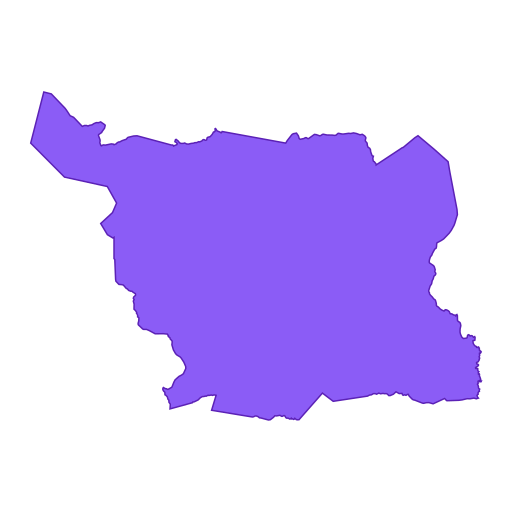 the district of Agneby-Tiassa, Agnéby, Ivory Coast
{"feature_id": "98640826B52449815511854", "entity_name": "Agneby-Tiassa", "entity_type": "district", "adm_level": 2, "iso_a3": "CIV", "parent_name": "Ivory Coast", "parent_adm1": "Agnéby", "projection": "robinson", "projection_center": [-4.418, 5.953], "detail": "fine", "context": "isolated", "style": "filled", "palette": "violet", "viewbox_px": 512, "rotation_deg": 0, "n_neighbors": 0, "source": "geoboundaries", "source_scale": "gbopen_adm2", "svg_char_len": 6110}
<svg xmlns="http://www.w3.org/2000/svg" viewBox="0 0 512 512"><path d="M222.1,131.5L221.4,132.7L220.8,132.7L220.3,132.2L217.1,130.9L215.8,128.8L215.4,128.5L215.0,128.8L215.2,130.5L215.0,131.3L214.4,131.9L213.5,132.0L212.2,134.4L210.1,136.7L208.0,137.2L207.2,137.7L206.6,139.9L205.7,140.3L205.0,140.2L204.3,139.7L203.3,139.6L202.8,139.9L201.8,141.0L199.5,141.9L198.7,141.7L196.4,142.7L195.0,142.6L193.4,143.2L191.2,143.4L188.5,144.1L186.7,144.0L184.7,143.0L183.3,143.4L180.7,143.4L179.3,142.5L178.4,141.2L176.2,139.4L175.5,139.6L174.9,141.7L176.3,142.5L177.2,143.7L176.9,144.6L173.5,146.0L173.3,145.5L172.7,145.0L171.3,145.0L137.1,135.8L133.6,136.0L128.2,137.3L127.5,137.7L126.3,139.2L122.2,140.6L119.5,142.0L118.5,142.0L116.9,143.0L116.1,143.9L114.0,144.7L113.3,144.1L111.2,143.9L105.4,145.1L103.4,144.9L102.2,145.3L101.7,145.8L100.9,145.6L99.8,142.8L100.1,140.9L100.0,139.7L98.5,135.6L98.6,134.6L101.7,132.5L102.0,131.7L104.5,128.3L105.2,125.5L104.9,124.8L100.7,121.9L98.5,122.7L96.3,122.6L93.9,123.6L91.9,124.9L89.6,125.3L88.0,126.0L86.6,125.5L84.4,125.5L82.3,126.4L73.6,117.3L70.1,115.7L66.7,110.5L65.1,108.3L51.3,93.9L43.8,92.0L30.7,143.1L64.5,177.1L107.3,186.5L116.6,203.1L112.5,212.6L100.7,223.5L107.4,234.7L112.9,238.0L114.0,237.3L114.0,258.6L114.8,259.5L115.6,279.4L115.9,281.2L118.9,284.4L122.1,284.7L123.4,285.1L126.3,288.5L127.4,288.9L128.6,290.4L130.7,291.2L131.9,291.2L133.0,292.2L135.4,293.7L135.6,294.9L135.4,295.4L133.7,297.0L133.3,298.3L134.1,299.5L133.3,301.1L134.1,304.1L134.0,309.2L135.4,310.5L136.7,312.4L136.5,313.3L137.2,314.2L137.7,315.6L137.6,316.9L138.7,317.5L138.9,318.3L138.7,321.1L138.1,323.3L138.2,324.5L138.4,324.9L142.7,329.0L143.6,329.4L146.5,329.4L149.3,330.6L155.2,333.8L163.3,333.7L167.4,334.1L167.8,335.1L168.3,335.3L168.5,335.8L168.3,336.5L169.9,337.7L170.2,338.9L172.0,340.9L172.2,341.9L171.9,344.8L173.4,349.9L175.6,353.7L176.9,355.0L180.1,356.9L181.2,358.1L183.8,362.1L185.7,366.5L185.8,368.5L183.4,373.7L181.5,375.1L179.1,376.3L175.2,379.7L173.9,382.1L172.0,386.9L171.5,387.4L168.2,389.3L167.5,389.4L166.6,388.8L165.3,388.6L163.4,387.5L162.9,388.2L162.8,389.3L163.1,390.2L163.7,391.2L164.8,392.2L165.0,394.8L165.8,395.2L167.3,396.8L168.0,399.3L168.8,400.1L169.0,402.4L170.1,403.8L170.3,404.5L170.0,408.9L192.5,402.7L192.8,402.0L194.3,401.8L198.2,399.9L200.4,397.7L202.3,396.6L203.9,396.5L205.4,396.1L206.2,396.2L208.1,395.2L208.8,395.5L211.3,395.0L212.5,395.4L214.1,394.9L216.1,395.3L211.6,410.3L252.4,417.0L253.5,416.8L255.2,416.0L256.4,416.0L258.2,416.7L259.4,417.8L261.0,418.0L268.5,420.0L270.4,419.7L273.6,417.2L274.8,415.8L276.6,415.9L279.9,415.3L281.6,416.3L282.4,416.3L284.0,415.5L284.9,416.0L285.8,417.6L286.5,418.1L288.2,418.2L289.9,419.1L290.7,418.8L291.2,418.2L291.7,419.0L292.5,418.8L293.4,419.4L294.2,419.2L294.8,418.3L296.3,419.6L297.2,419.8L299.0,419.7L322.4,393.1L333.2,401.3L367.6,396.1L369.4,395.1L371.5,394.8L373.3,393.7L375.1,393.6L376.6,394.2L378.8,393.1L380.6,393.8L382.9,393.4L384.5,393.7L386.2,393.6L387.4,394.1L388.8,395.6L390.1,395.6L393.4,394.2L396.0,391.8L399.2,393.6L402.0,393.4L402.5,394.8L403.2,395.3L404.5,394.8L406.0,395.3L407.5,394.4L408.2,394.3L409.2,396.1L412.0,399.0L413.2,399.8L414.9,400.2L422.4,403.1L423.6,403.3L426.2,402.7L428.9,402.6L433.1,403.8L444.6,398.5L446.6,400.6L447.6,400.7L458.8,400.3L462.0,399.9L467.1,398.7L469.9,398.8L474.0,398.1L476.3,398.8L478.4,398.1L477.6,397.2L477.0,395.4L477.7,394.4L478.1,394.3L478.1,392.6L478.7,391.7L479.4,391.4L479.2,390.5L479.7,389.1L478.8,388.5L478.5,388.0L478.4,386.4L478.2,386.1L478.1,385.2L477.5,384.5L477.5,384.1L478.0,383.2L478.3,383.1L478.0,382.1L478.1,381.2L478.3,381.0L479.1,380.9L479.8,381.8L481.1,381.7L481.3,381.2L480.5,381.4L479.9,380.8L479.9,380.3L480.7,379.9L480.7,379.4L479.9,376.9L479.4,376.1L479.5,374.3L479.3,373.9L478.5,374.1L478.3,372.2L478.8,371.7L478.4,371.5L477.6,370.0L477.9,369.0L477.7,368.6L476.8,368.4L476.0,368.6L475.6,368.3L475.5,367.8L476.1,367.1L477.8,366.2L478.4,365.4L478.5,364.9L477.9,364.3L476.7,363.8L476.6,362.5L478.1,361.8L479.3,359.8L479.1,359.4L479.7,358.1L479.1,356.8L479.7,355.5L479.4,353.9L480.1,353.4L479.8,353.1L480.7,352.7L481.2,351.9L480.9,351.4L480.3,351.5L480.1,350.6L479.4,350.1L479.3,348.2L479.0,348.2L478.7,347.2L478.2,346.9L477.4,347.5L476.6,347.4L476.3,346.5L475.0,345.9L474.1,344.9L473.2,343.3L472.9,340.8L473.2,340.5L474.7,340.4L474.9,340.1L475.1,337.5L474.7,336.6L473.5,337.3L472.2,335.8L471.2,335.6L470.2,336.0L469.4,335.1L468.4,334.7L467.6,335.3L467.1,337.7L466.4,338.1L463.5,338.5L462.5,337.8L461.8,337.1L460.5,334.2L460.0,332.1L460.1,329.0L460.8,325.8L460.7,324.9L460.3,323.1L459.5,322.1L458.7,321.8L457.5,320.6L457.4,315.6L456.9,314.5L456.0,315.0L455.7,315.9L455.0,315.2L453.5,314.9L451.9,313.9L450.2,313.7L449.3,311.7L448.5,310.9L446.7,309.9L445.2,309.7L444.7,310.5L444.0,311.0L441.9,310.1L440.2,309.0L438.4,307.1L436.8,306.1L436.4,305.4L436.3,303.4L435.5,300.5L435.1,299.8L433.7,298.9L432.4,297.1L430.4,295.1L429.5,293.8L429.4,292.6L428.8,291.7L428.7,290.6L430.1,286.1L431.6,283.8L432.2,280.7L433.2,278.9L433.9,276.2L435.3,275.0L435.7,274.2L435.8,273.3L434.8,271.6L435.2,269.7L434.3,266.8L433.6,265.7L429.5,262.9L429.2,262.0L429.4,260.0L430.3,257.1L432.0,254.8L432.2,253.8L434.7,249.2L436.2,248.1L436.5,246.7L436.7,243.7L437.0,242.8L441.3,240.5L443.7,238.9L449.2,233.2L451.3,230.3L454.1,225.2L454.9,223.0L457.4,214.6L457.0,209.5L449.9,172.3L448.1,161.7L434.2,149.3L418.0,135.7L414.9,137.7L403.0,147.6L402.4,147.6L376.2,164.9L376.2,164.1L374.3,161.7L373.5,161.3L373.2,160.7L372.8,158.3L373.4,156.2L372.3,155.8L371.9,155.2L370.7,151.8L370.4,149.5L369.6,148.2L368.1,147.3L367.4,145.6L367.1,143.1L365.5,141.2L365.3,140.1L365.9,137.9L365.6,137.1L364.7,135.9L362.3,134.3L360.0,134.8L356.5,133.5L353.5,132.9L350.7,133.5L348.6,133.3L343.7,134.0L342.0,134.0L338.6,133.3L338.0,133.4L335.9,135.2L334.6,135.4L332.4,135.1L327.0,135.0L323.3,134.2L322.4,134.4L320.9,135.5L319.7,135.8L316.2,134.6L314.4,134.4L308.5,138.6L307.7,138.6L306.5,137.7L305.3,137.7L303.9,138.5L300.2,139.3L299.2,138.5L298.4,135.8L296.5,133.1L293.3,133.7L292.0,134.5L287.3,140.5L285.7,143.1L222.1,131.5Z" fill="#8b5cf6" stroke="#5b21b6" stroke-width="1.5"/></svg>